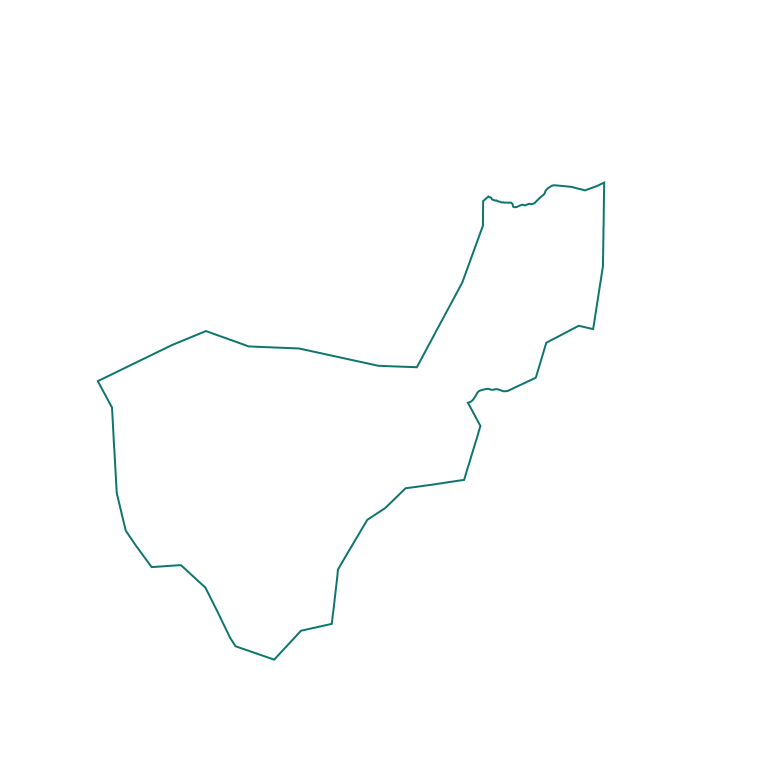 Tu'devtei, Dzavhan, Mongolia (Albers equal-area conic projection), rotated 235°
{"feature_id": "93677404B13111069178449", "entity_name": "Tu'devtei", "entity_type": "district", "adm_level": 2, "iso_a3": "MNG", "parent_name": "Mongolia", "parent_adm1": "Dzavhan", "projection": "albers", "projection_center": [96.497, 48.852], "detail": "fine", "context": "isolated", "style": "outline", "palette": "teal", "viewbox_px": 768, "rotation_deg": 235, "n_neighbors": 0, "source": "geoboundaries", "source_scale": "gbopen_adm2", "svg_char_len": 4277}
<svg xmlns="http://www.w3.org/2000/svg" viewBox="0 0 768 768"><g transform="rotate(235 384 384)"><path d="M229.5,174.5L217.5,203.6L234.7,219.1L235.0,219.3L241.9,225.4L243.5,226.8L243.9,227.2L244.7,227.9L250.2,232.8L254.0,236.1L255.8,237.6L258.5,239.9L259.8,242.9L260.0,243.2L263.9,251.7L282.3,292.3L282.0,303.7L281.8,308.6L281.7,312.5L281.7,313.8L282.8,320.7L283.4,324.8L283.6,325.7L285.6,337.9L286.2,341.9L279.3,355.2L279.0,355.8L278.0,357.8L277.7,358.4L276.3,361.1L274.7,364.2L274.2,365.1L273.7,366.1L273.4,366.7L269.7,374.2L269.6,374.3L267.4,378.9L266.5,380.7L264.1,385.4L263.7,386.2L261.7,390.4L261.4,390.9L259.5,394.6L268.2,405.6L268.9,406.6L278.4,418.7L279.4,420.0L279.8,420.5L280.4,421.3L282.5,423.9L283.0,424.5L287.1,429.9L287.6,430.5L288.4,431.5L288.8,432.0L289.8,433.2L290.3,433.8L294.3,438.9L320.5,442.0L319.8,444.3L319.7,445.1L319.8,445.9L319.8,446.1L319.9,447.1L320.3,448.7L320.7,449.6L321.7,452.2L322.0,453.1L322.8,454.4L323.4,455.8L323.6,456.9L323.7,458.1L323.5,459.0L323.4,459.3L323.1,460.2L322.1,462.9L321.1,465.4L320.1,466.8L319.3,467.6L318.1,468.2L317.5,468.9L317.1,469.3L316.8,469.8L316.4,470.9L315.7,472.5L315.1,473.3L314.5,474.0L313.5,474.9L312.5,475.5L312.2,475.8L311.9,476.1L311.1,476.6L310.2,477.1L309.4,477.9L308.9,478.6L307.4,481.1L306.0,489.2L306.0,489.5L305.0,495.2L302.1,512.0L324.7,540.6L320.0,576.9L309.0,586.8L354.9,630.9L375.9,646.1L376.4,646.5L378.0,647.6L378.8,648.2L386.9,654.0L387.4,654.4L388.0,654.9L390.0,656.3L390.5,656.6L390.7,656.8L391.5,657.4L410.4,671.0L410.7,671.2L422.7,679.9L424.0,672.1L427.3,659.7L428.2,659.0L429.1,658.2L431.0,656.6L431.5,656.1L437.9,650.7L440.8,647.3L443.1,644.6L443.5,644.2L444.6,642.8L447.8,639.1L448.4,638.4L449.1,637.5L449.6,636.6L449.9,635.9L450.2,634.1L450.3,631.8L450.3,630.5L450.1,629.2L449.9,628.2L449.5,627.0L448.9,626.2L447.9,624.8L447.7,624.1L447.5,623.1L447.4,622.1L447.4,621.1L447.3,619.8L447.1,618.5L446.6,615.5L446.5,614.5L446.3,613.4L446.1,612.7L445.9,611.8L445.9,611.0L446.0,610.2L446.1,609.5L446.5,608.4L447.2,607.3L448.0,606.6L448.5,605.6L448.9,604.4L449.0,603.6L449.1,603.0L449.2,602.4L449.5,601.8L450.0,601.4L450.5,601.1L451.1,600.7L451.7,599.9L452.1,598.2L452.9,594.1L453.6,592.8L454.1,592.3L454.6,591.8L454.9,591.6L455.3,591.5L455.8,591.7L457.0,592.2L457.7,592.5L458.5,592.4L458.8,592.4L459.2,592.3L459.5,592.2L459.9,591.8L460.0,591.7L460.2,591.3L460.5,590.9L460.9,590.2L461.3,589.7L461.8,589.1L462.1,588.7L462.6,588.0L462.8,587.6L463.2,587.1L463.6,586.6L464.1,586.2L464.4,586.0L464.7,585.4L464.9,584.8L465.3,584.5L465.9,584.1L466.8,583.5L467.2,583.1L467.4,583.0L467.9,582.5L468.7,581.9L469.4,581.6L469.5,581.6L470.0,581.2L470.2,580.9L470.5,580.3L470.8,579.9L471.1,579.7L471.5,579.6L471.9,579.4L472.2,579.1L472.4,578.9L472.6,578.7L472.9,578.5L473.1,578.4L473.5,578.3L473.8,578.3L474.6,578.6L475.2,578.6L475.7,578.4L475.9,578.2L476.0,578.1L476.1,577.9L476.5,577.5L477.2,577.3L477.3,577.2L477.7,577.1L477.6,576.4L477.0,570.1L476.8,570.0L457.0,555.9L439.6,531.1L434.0,523.1L433.9,523.0L429.7,517.0L423.8,508.6L422.2,506.3L420.7,503.3L419.2,500.4L403.1,468.4L395.4,453.1L395.2,452.8L382.2,427.1L378.9,420.5L383.3,414.7L394.2,400.3L402.2,389.8L421.9,371.6L432.9,361.5L433.6,360.8L443.7,351.5L444.0,351.3L446.3,349.1L461.9,334.7L467.4,327.5L467.8,326.9L473.4,319.6L473.8,319.1L474.4,318.3L474.6,318.1L476.2,315.9L477.2,314.6L480.9,309.8L481.3,309.2L492.4,294.7L506.1,285.1L509.5,282.6L510.0,282.3L529.5,268.5L529.8,267.4L530.0,266.4L530.4,264.5L530.6,263.7L537.6,232.2L539.6,219.4L539.7,219.1L540.1,216.7L540.1,216.4L542.7,200.0L542.8,199.7L550.5,151.2L520.8,147.7L511.7,142.1L511.5,141.9L509.0,140.4L495.2,131.8L494.7,131.5L486.6,126.4L486.4,126.3L485.8,126.0L448.1,102.6L437.7,98.5L436.2,97.9L434.1,97.0L432.4,96.4L428.2,94.7L427.1,94.2L425.8,93.7L424.9,93.4L411.9,88.3L395.9,88.1L393.7,88.1L393.1,88.1L392.1,88.1L391.5,88.2L386.1,88.2L384.1,88.3L367.3,88.6L356.4,106.7L353.5,111.5L353.4,111.6L353.3,111.9L353.1,112.2L352.8,112.6L352.7,112.7L352.0,113.8L335.0,117.5L334.6,117.6L319.5,120.9L291.6,116.8L285.0,115.7L284.4,115.6L283.3,115.4L282.4,115.3L281.9,115.2L281.3,115.1L279.6,114.8L278.1,114.6L273.4,113.8L270.7,113.4L269.0,113.1L267.8,112.9L267.7,112.9L265.3,112.5L264.4,112.4L254.4,111.9L221.2,135.9L229.5,174.5L229.5,174.5Z" fill="none" stroke="#0f766e" stroke-width="2"/></g></svg>